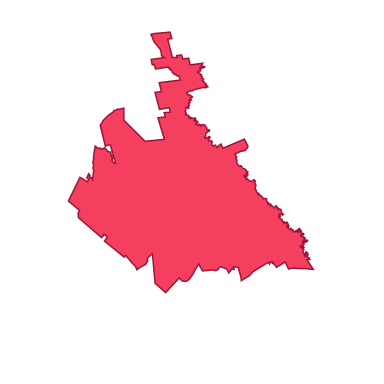 Cermei, Arad, Romania, rotated 225°
{"feature_id": "2599482B93088674454934", "entity_name": "Cermei", "entity_type": "district", "adm_level": 2, "iso_a3": "ROU", "parent_name": "Romania", "parent_adm1": "Arad", "projection": "robinson", "projection_center": [21.826, 46.539], "detail": "fine", "context": "isolated", "style": "filled", "palette": "rose", "viewbox_px": 384, "rotation_deg": 225, "n_neighbors": 0, "source": "geoboundaries", "source_scale": "gbopen_adm2", "svg_char_len": 6038}
<svg xmlns="http://www.w3.org/2000/svg" viewBox="0 0 384 384"><g transform="rotate(225 192 192)"><path d="M275.6,290.4L283.2,280.6L289.0,284.2L292.6,279.6L296.3,281.5L299.3,277.7L297.8,276.7L300.9,273.2L317.3,282.9L314.7,286.2L320.6,289.5L330.5,277.6L332.5,274.5L325.6,271.6L321.2,270.9L315.6,270.5L312.6,269.0L309.9,266.8L306.6,267.5L314.6,256.8L310.0,253.8L308.7,255.5L304.8,253.2L297.0,263.7L295.8,263.2L295.5,263.7L295.2,263.7L294.4,263.0L291.7,263.6L290.4,262.6L288.7,262.9L287.7,262.6L286.5,263.8L285.7,263.3L284.6,263.6L283.7,264.9L279.4,262.9L292.5,246.1L284.6,241.4L288.6,236.3L273.4,227.4L267.8,235.6L263.8,233.1L267.8,228.4L263.9,226.1L268.6,220.4L248.8,209.7L261.0,194.7L290.6,194.6L291.2,194.8L299.5,203.1L302.1,198.8L302.9,198.4L304.1,195.3L304.4,195.1L304.8,194.3L304.3,192.6L305.3,187.7L305.4,181.0L305.3,179.0L304.6,177.3L304.1,174.3L285.6,163.1L284.9,165.3L283.1,167.6L266.4,158.3L267.7,157.2L271.3,157.9L271.6,158.3L271.5,159.4L274.1,160.4L274.0,161.1L275.6,161.0L277.8,162.7L279.1,161.6L281.1,161.1L282.3,161.4L285.3,161.3L285.3,160.1L286.3,158.4L288.1,158.1L289.0,156.7L289.7,156.3L292.9,156.0L287.3,148.2L284.8,145.6L283.3,143.1L280.4,141.3L278.8,138.7L276.8,137.8L271.1,130.5L273.1,130.9L273.0,130.5L275.8,130.6L276.1,131.7L278.0,131.8L276.3,127.6L274.1,128.2L273.2,125.3L281.6,123.2L273.0,98.2L258.3,99.5L257.8,96.7L254.2,93.6L223.8,95.8L223.6,96.8L223.8,98.3L224.4,99.9L219.9,100.4L219.3,95.4L193.9,98.0L194.2,99.9L193.5,100.2L184.1,99.4L179.4,99.5L176.0,98.0L175.3,102.4L173.6,108.2L174.7,112.0L175.9,112.6L176.8,114.7L176.5,119.0L176.1,120.2L153.5,101.3L139.5,102.3L140.3,122.0L135.8,122.2L132.8,124.8L132.3,126.9L132.4,129.7L133.3,134.9L134.5,138.0L136.2,145.8L128.8,143.6L122.1,151.8L120.4,152.5L119.3,153.6L118.8,156.0L119.5,157.9L119.1,159.3L113.8,161.8L112.2,161.9L108.8,160.8L109.3,165.7L107.5,167.0L109.9,168.3L106.1,171.4L97.0,166.3L94.5,164.2L92.3,173.2L92.5,178.9L88.4,196.0L86.2,195.8L87.2,197.6L86.8,198.4L84.9,198.5L85.5,199.0L85.5,199.6L79.0,198.5L76.6,208.4L69.2,205.8L67.2,209.2L60.2,215.3L58.4,217.3L51.5,223.0L62.5,225.3L61.9,227.0L61.3,227.0L61.1,227.4L61.7,227.3L62.2,228.4L63.8,227.6L65.0,227.7L65.7,229.8L66.5,230.3L68.3,230.6L69.1,230.2L68.8,229.6L66.4,228.1L66.3,227.0L67.1,226.2L67.8,226.3L68.0,227.5L68.5,228.0L70.6,227.6L72.1,229.3L72.2,230.5L76.3,229.8L76.7,230.1L76.6,230.5L74.0,231.2L73.7,232.0L74.4,232.1L77.0,230.9L77.1,231.6L76.2,232.1L76.4,232.8L75.6,233.4L75.6,234.0L78.5,234.5L79.0,235.4L78.4,235.8L77.6,235.3L76.8,235.4L75.7,238.2L75.6,239.2L76.2,239.5L77.2,239.0L77.5,237.0L78.2,236.6L79.2,237.2L78.9,238.5L79.6,239.5L80.0,239.4L80.3,238.7L81.3,239.1L82.7,238.0L83.9,237.8L84.2,238.3L82.8,240.7L83.5,241.4L84.1,241.4L84.6,240.1L85.4,239.7L86.2,241.1L87.4,241.7L87.4,240.3L88.0,240.0L88.3,241.5L90.1,242.3L90.5,241.9L90.3,241.2L88.8,240.0L88.4,239.1L88.7,238.8L90.2,239.9L90.8,239.7L90.5,238.8L89.7,238.2L90.2,237.8L90.7,238.1L91.3,237.8L91.3,236.0L92.9,236.0L94.0,236.7L94.4,235.7L94.8,235.4L96.4,236.3L96.7,235.7L96.6,234.6L98.5,234.8L99.4,234.1L100.7,234.7L99.3,235.9L99.5,236.6L101.5,236.6L101.2,237.1L103.1,237.9L103.5,237.6L103.0,237.2L103.2,236.8L105.1,236.4L104.5,235.4L104.8,234.7L106.1,235.6L107.7,234.9L108.3,236.0L108.7,236.2L111.0,235.4L112.8,235.5L113.0,236.1L112.2,236.5L112.1,237.1L114.3,237.2L114.7,237.4L114.8,238.0L111.9,239.5L111.5,240.7L113.8,240.8L116.8,242.5L118.4,241.8L118.4,240.8L119.1,240.2L119.5,240.4L119.9,241.5L122.8,241.7L123.1,241.0L122.3,240.4L122.3,239.1L122.7,238.7L125.1,239.0L126.7,237.8L127.2,239.0L127.8,239.1L128.2,238.9L128.6,237.6L129.6,237.0L130.1,237.3L130.0,238.3L130.3,238.6L131.8,237.8L133.6,239.3L134.7,239.8L135.7,239.3L136.5,237.8L140.6,238.3L141.9,237.3L143.0,238.2L143.8,237.0L144.4,237.9L146.6,237.4L147.5,238.6L149.9,238.8L151.3,241.7L152.2,242.3L154.2,242.7L154.5,244.2L156.2,244.7L156.9,244.5L157.2,242.1L158.3,240.9L160.9,240.3L162.0,240.5L162.9,239.3L163.8,240.4L165.9,239.9L166.9,240.6L166.5,241.1L165.1,241.4L164.3,241.9L164.8,242.3L165.7,242.0L164.6,243.7L165.0,244.0L166.6,243.8L166.4,245.2L166.8,245.7L167.7,245.0L169.0,245.7L170.6,245.7L173.1,244.6L175.7,245.3L176.2,245.0L176.6,243.7L177.0,243.5L180.8,244.2L183.1,246.5L184.7,246.7L185.0,247.2L184.8,247.8L185.2,248.2L188.5,249.3L186.2,255.3L183.8,258.8L184.1,262.6L185.0,264.1L192.4,266.4L201.1,244.8L205.5,246.4L205.9,243.0L205.5,241.8L206.0,240.8L206.3,241.1L208.4,241.7L209.2,241.0L209.3,239.3L211.7,239.5L212.9,241.4L214.0,242.0L214.5,242.0L215.7,240.1L217.1,240.0L217.9,241.0L217.2,241.7L217.3,242.1L218.1,243.6L218.4,243.6L219.2,243.3L219.4,241.6L220.4,239.7L221.4,239.2L221.8,239.6L221.8,241.3L223.5,242.7L223.5,245.2L222.8,247.3L222.9,247.7L223.6,248.1L224.1,247.9L225.2,246.7L225.8,246.6L226.7,247.8L228.1,247.7L230.5,248.5L231.5,247.3L232.5,246.9L232.2,245.0L233.7,245.4L234.9,245.1L234.9,244.8L234.3,244.0L236.8,242.5L237.2,242.7L237.0,244.8L237.5,245.7L238.4,245.7L239.2,244.5L241.0,244.0L241.3,244.5L240.3,245.7L241.8,246.7L242.2,246.4L242.3,245.5L244.9,244.1L244.7,243.3L245.0,242.9L246.1,243.5L246.4,242.3L246.8,242.1L247.3,242.4L247.7,243.5L249.0,243.7L250.6,242.1L251.4,241.9L251.7,242.2L251.5,243.4L253.6,244.1L254.0,245.1L256.0,247.2L256.1,247.7L254.0,248.4L253.6,249.2L255.6,249.7L255.6,250.1L254.9,251.2L257.0,252.1L257.0,252.9L256.6,253.4L256.8,254.2L258.9,254.7L258.9,255.3L257.8,255.9L257.4,256.6L259.6,257.1L259.7,257.6L258.9,258.7L259.0,259.6L259.4,259.7L260.5,259.1L261.8,259.4L262.8,258.0L264.0,258.4L264.9,257.7L265.4,257.8L265.9,258.5L265.1,261.6L263.4,263.6L262.7,266.0L258.3,273.4L255.7,275.8L255.9,277.0L255.2,277.5L255.6,277.9L256.3,277.8L256.6,276.9L257.4,276.9L258.0,276.9L257.9,277.7L258.3,278.4L260.3,278.0L260.9,278.4L263.1,278.2L263.0,279.0L263.9,280.2L265.9,279.2L266.4,280.8L268.1,280.4L268.2,281.6L269.6,281.2L271.1,281.3L271.4,280.7L272.4,280.3L272.9,281.8L271.5,283.8L273.1,284.9L274.1,285.0L274.2,285.6L272.7,286.0L271.9,288.2L271.2,289.0L271.4,289.5L271.8,289.5L272.7,288.9L272.9,288.2L274.8,287.5L274.5,288.6L274.8,289.5L275.6,289.7L275.6,290.4Z" fill="#f43f5e" stroke="#9f1239" stroke-width="1.5"/></g></svg>